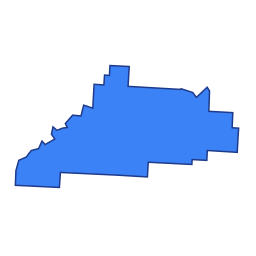 the district of Monroe, Arkansas, United States of America, rotated 92°
{"feature_id": "52423323B23771932588071", "entity_name": "Monroe", "entity_type": "district", "adm_level": 2, "iso_a3": "USA", "parent_name": "United States of America", "parent_adm1": "Arkansas", "projection": "robinson", "projection_center": [-91.218, 34.67], "detail": "fine", "context": "isolated", "style": "filled", "palette": "blue", "viewbox_px": 256, "rotation_deg": 92, "n_neighbors": 0, "source": "geoboundaries", "source_scale": "gbopen_adm2", "svg_char_len": 775}
<svg xmlns="http://www.w3.org/2000/svg" viewBox="0 0 256 256"><g transform="rotate(92 128 128)"><path d="M88.2,47.8L84.5,50.3L95.0,60.7L90.3,64.5L86.9,76.4L87.6,77.0L86.4,129.4L66.5,128.9L66.2,148.2L76.1,148.4L75.9,153.3L85.8,153.6L85.5,163.4L109.4,163.9L106.7,173.1L117.6,175.4L117.1,183.8L125.7,190.8L129.6,188.7L130.4,193.4L132.8,198.9L129.5,203.0L136.9,204.3L141.6,200.8L147.4,210.2L144.1,213.5L151.7,216.6L153.8,223.7L154.0,224.0L154.9,224.5L155.3,224.8L156.0,225.5L160.6,228.7L164.1,236.0L174.4,238.5L189.2,238.6L189.8,194.5L174.8,194.0L175.5,136.1L176.0,116.8L176.2,106.9L161.5,106.6L162.2,62.9L157.3,62.8L157.6,48.1L147.7,48.0L148.5,18.0L132.3,17.7L124.3,17.4L124.1,23.9L109.0,23.8L108.5,47.8L88.2,47.8Z" fill="#3b82f6" stroke="#1e3a8a" stroke-width="1.5"/></g></svg>